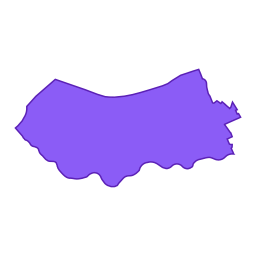 Moerdijk, Noord-Brabant, Netherlands (Mercator projection)
{"feature_id": "6326949B29665837615412", "entity_name": "Moerdijk", "entity_type": "district", "adm_level": 2, "iso_a3": "NLD", "parent_name": "Netherlands", "parent_adm1": "Noord-Brabant", "projection": "mercator", "projection_center": [4.556, 51.663], "detail": "fine", "context": "isolated", "style": "filled", "palette": "violet", "viewbox_px": 256, "rotation_deg": 0, "n_neighbors": 0, "source": "geoboundaries", "source_scale": "gbopen_adm2", "svg_char_len": 5548}
<svg xmlns="http://www.w3.org/2000/svg" viewBox="0 0 256 256"><path d="M193.2,71.1L180.6,75.3L172.2,80.5L167.9,83.6L162.6,85.8L150.4,89.6L140.3,92.6L132.3,94.7L124.5,96.2L114.5,97.2L109.4,97.1L105.1,96.7L97.5,94.4L85.1,89.7L55.3,79.4L35.9,96.3L26.8,106.4L26.8,107.9L26.8,109.3L26.6,110.8L26.4,112.1L26.0,113.5L25.5,114.8L24.9,116.1L24.2,117.3L23.5,118.5L22.8,119.8L22.1,121.0L19.3,124.2L18.4,125.3L17.4,126.3L16.4,127.1L15.4,128.0L22.3,135.9L23.5,138.0L23.8,138.2L24.2,138.6L24.5,139.0L24.8,139.5L25.1,139.7L25.5,140.0L26.3,140.2L27.2,140.6L27.6,140.9L28.1,141.3L28.5,141.7L28.9,142.1L29.6,142.9L29.7,143.0L29.8,143.2L30.0,143.5L30.4,144.3L30.9,145.0L31.6,145.6L32.2,146.0L32.6,146.2L33.7,146.5L34.3,146.6L34.7,146.7L36.8,147.5L37.6,148.1L38.0,148.5L38.2,148.8L38.4,149.0L38.6,149.9L39.6,152.6L40.0,153.2L40.9,154.3L41.4,154.7L41.6,155.0L42.3,155.5L42.7,155.9L42.9,156.2L43.2,156.5L43.6,157.0L44.6,158.1L45.3,158.9L45.8,159.4L46.4,159.8L47.0,160.2L47.4,160.4L47.9,160.8L48.8,161.1L49.4,161.2L49.9,161.3L50.4,161.3L51.1,161.3L52.5,161.4L53.5,161.4L54.3,161.6L54.9,161.8L55.2,161.9L55.5,162.1L56.0,162.6L56.3,162.9L56.5,163.6L57.2,165.4L57.2,166.0L57.3,166.1L57.6,167.0L57.8,167.6L57.9,167.9L58.1,168.4L58.7,169.3L59.4,170.4L61.8,173.1L62.7,174.0L63.2,174.6L63.5,174.8L64.2,175.5L64.5,175.7L64.9,176.1L65.7,176.7L66.2,176.9L66.7,177.3L67.7,177.7L68.2,177.9L68.7,178.0L69.9,178.2L70.2,178.1L71.3,178.2L72.8,178.4L74.6,178.7L75.6,178.8L76.6,178.9L77.0,178.9L78.5,178.8L79.9,178.6L81.7,178.3L82.6,178.1L83.2,177.9L84.9,177.4L85.8,177.2L86.3,177.0L86.8,176.8L87.2,176.5L87.5,176.2L87.9,175.8L88.7,175.0L89.3,174.5L89.8,174.2L90.8,173.6L91.0,173.6L91.6,173.3L92.1,173.1L92.8,172.9L93.2,172.8L93.9,172.7L94.4,172.7L94.8,172.7L95.3,172.8L95.9,172.9L96.4,173.0L97.1,173.2L98.0,173.7L98.4,173.9L99.0,174.4L99.6,175.0L99.9,175.4L100.3,176.0L100.6,176.4L100.8,176.9L101.0,177.5L101.4,178.3L101.8,179.1L101.9,179.3L102.3,179.9L104.5,182.9L105.0,183.5L105.8,184.2L106.5,184.7L106.8,184.9L107.3,185.2L108.1,185.6L108.9,185.8L110.0,186.2L110.8,186.5L111.5,186.6L113.9,186.6L114.5,186.5L114.8,186.5L115.3,186.3L115.5,186.2L115.8,186.0L116.8,185.7L117.1,185.5L117.3,185.3L117.5,185.1L117.7,184.9L117.8,184.6L118.0,184.3L118.3,183.9L118.9,183.1L119.4,182.4L119.8,182.1L120.6,181.2L122.1,179.5L123.2,178.3L123.6,177.9L124.2,177.4L124.8,177.0L125.4,176.6L125.7,176.5L126.3,176.3L127.1,176.0L127.7,175.9L128.5,175.8L130.5,175.7L131.2,175.6L131.8,175.5L132.8,175.2L133.4,174.9L134.4,174.4L135.2,173.9L135.6,173.6L136.0,173.4L136.7,172.8L137.3,172.2L137.5,172.1L138.0,171.6L138.9,170.7L139.2,170.4L139.3,170.1L139.6,169.1L139.9,168.2L140.1,167.7L140.7,166.7L141.5,165.6L141.9,165.2L142.4,164.7L142.8,164.4L143.4,163.9L144.1,163.5L144.6,163.2L145.2,163.0L145.8,162.8L146.0,162.7L146.4,162.6L147.2,162.5L148.9,162.1L149.6,162.0L150.7,161.9L151.6,162.0L152.2,162.0L153.2,162.2L154.0,162.4L154.7,162.6L155.2,162.8L155.6,163.0L156.2,163.3L156.9,163.6L157.5,164.0L160.2,165.8L160.4,165.9L160.4,166.0L160.8,166.2L161.9,167.0L162.5,167.4L163.1,167.6L163.6,167.8L165.1,168.2L165.6,168.4L165.8,168.4L166.1,168.5L166.5,168.5L166.8,168.5L167.3,168.5L168.6,168.1L169.1,167.9L169.5,167.8L170.3,167.3L170.6,167.1L171.4,166.5L172.1,165.8L172.7,165.3L173.6,164.7L174.6,164.3L175.8,164.0L176.8,163.9L177.8,164.0L178.6,164.1L179.6,164.5L180.4,164.8L181.4,165.5L182.0,166.1L182.4,166.5L182.8,166.9L183.4,167.4L184.1,167.8L184.6,168.1L185.0,168.2L185.3,168.3L185.9,168.5L186.2,168.6L187.3,168.7L187.9,168.7L188.4,168.6L189.9,168.1L190.3,168.0L190.9,167.6L191.3,167.3L191.6,167.2L192.1,166.9L192.2,166.7L192.6,166.2L192.8,165.7L193.1,164.2L193.2,163.9L193.6,163.3L193.7,163.1L194.1,162.7L194.4,162.4L194.6,162.2L195.7,161.1L196.2,160.8L196.7,160.5L197.4,160.1L197.9,159.9L198.6,159.6L200.4,159.2L202.7,158.6L205.4,157.9L206.3,157.7L207.7,157.5L208.6,157.4L209.1,157.4L209.6,157.4L210.4,157.5L210.7,157.6L211.3,157.8L212.1,158.0L212.5,158.2L215.0,159.2L215.4,159.4L216.3,159.6L217.1,159.8L217.7,159.8L218.2,159.9L218.7,159.9L219.3,159.8L219.8,159.8L220.3,159.7L220.8,159.5L221.8,159.3L222.3,159.0L223.1,158.6L223.9,158.1L224.8,157.3L225.9,156.3L226.5,155.8L227.0,155.4L227.7,155.0L228.4,154.7L229.1,154.4L230.0,154.2L230.9,154.0L232.4,153.9L232.6,153.9L233.0,154.0L233.6,154.0L233.5,153.9L233.6,153.7L232.7,151.6L231.8,149.6L231.5,148.9L231.4,148.6L231.2,148.2L232.0,147.3L232.1,146.4L232.2,144.5L231.7,144.5L231.4,144.5L230.8,144.5L230.6,144.4L230.0,144.3L229.4,144.1L228.5,142.0L228.4,141.8L228.3,141.7L227.8,140.3L227.2,139.0L230.9,137.3L232.2,136.7L230.9,133.2L230.8,132.9L230.5,132.8L228.1,129.5L227.9,129.1L227.7,128.8L227.6,128.7L224.8,124.9L224.5,124.5L224.5,124.4L229.1,122.3L230.7,121.6L231.8,121.1L233.2,120.5L234.3,120.0L235.9,119.3L237.1,118.8L238.7,118.1L240.6,117.2L238.5,113.6L237.2,114.0L235.6,110.3L237.2,109.7L236.4,108.4L235.1,106.3L232.5,102.1L231.8,104.2L231.0,106.7L231.0,106.9L230.9,107.0L230.4,107.7L229.6,108.4L229.4,108.1L229.1,107.9L225.2,104.6L225.3,104.5L223.4,102.9L223.0,102.6L222.1,101.8L221.9,102.2L220.8,103.5L216.9,100.8L214.4,102.8L213.0,103.3L212.8,103.5L212.9,103.4L212.6,102.9L211.9,101.1L210.2,96.8L209.8,95.9L209.2,95.1L209.0,94.8L208.8,94.6L208.7,94.4L208.6,94.2L208.0,92.7L207.8,91.6L207.5,90.6L207.1,88.9L206.7,87.0L206.6,85.3L206.5,83.3L206.4,83.1L206.4,82.8L206.4,82.5L206.3,82.2L206.1,81.7L205.9,81.3L205.8,81.1L205.4,80.5L205.2,80.3L205.1,80.1L204.6,79.7L204.3,79.5L204.0,79.3L203.6,79.1L203.1,78.9L202.4,78.8L202.1,77.8L201.8,77.1L201.7,76.8L200.6,73.9L198.7,69.4L198.4,69.5L193.2,71.1Z" fill="#8b5cf6" stroke="#5b21b6" stroke-width="1.5"/></svg>